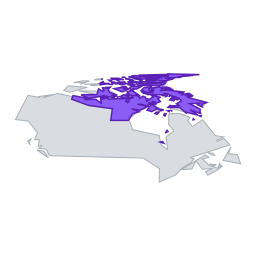 Nunavut on a map of Canada (Equal Earth projection)
{"feature_id": "CAN-634", "entity_name": "Nunavut", "entity_type": "Territory", "adm_level": 1, "iso_a3": "CAN", "parent_name": "Canada", "parent_adm1": "", "projection": "equal_earth", "projection_center": [-85.605, 67.518], "detail": "fine", "context": "in_parent", "style": "filled", "palette": "violet", "viewbox_px": 256, "rotation_deg": 0, "n_neighbors": 0, "source": "natural_earth", "source_scale": "10m", "svg_char_len": 9251}
<svg xmlns="http://www.w3.org/2000/svg" viewBox="0 0 256 256"><path d="M37.5,132.9L28.3,121.0L15.4,119.6L28.0,95.4L39.6,97.6L38.6,96.6L53.9,94.4L46.0,96.3L43.9,97.2L44.3,97.5L57.8,93.4L101.2,103.1L100.3,99.6L105.7,97.8L99.9,97.8L104.9,97.1L124.0,100.1L121.6,98.3L124.4,98.0L127.6,98.6L126.2,101.5L127.6,102.6L133.3,97.8L126.8,94.2L131.4,90.4L146.9,101.2L152.6,97.4L151.1,95.0L160.7,97.5L157.8,98.2L160.3,101.4L156.0,103.2L153.3,101.7L152.6,101.5L152.0,101.8L154.9,103.6L137.5,104.2L147.6,106.1L145.0,108.8L131.9,108.9L138.8,111.1L128.6,119.0L132.7,129.7L159.2,135.5L160.9,144.7L167.6,149.6L166.1,136.8L174.0,131.0L168.6,124.4L168.8,113.9L179.4,113.4L190.1,117.5L187.6,120.4L192.4,126.7L202.6,119.7L215.2,135.5L223.8,137.0L216.6,140.0L217.0,141.3L224.0,138.4L229.9,144.9L190.6,157.6L194.1,158.8L190.4,163.4L187.9,164.3L182.3,167.9L175.7,174.9L159.2,182.1L159.4,168.6L143.4,158.1L49.4,155.7L46.2,149.3L38.8,148.3L42.3,145.3L38.4,146.2L39.3,139.4L34.5,139.8L37.5,132.9ZM148.8,92.4L152.6,92.4L151.2,88.2L159.4,87.0L161.1,90.6L181.3,91.4L179.3,92.8L193.1,96.3L187.4,97.2L206.6,102.5L202.2,106.8L197.6,104.7L199.6,103.3L189.7,103.6L201.0,110.1L199.9,113.0L190.4,110.1L197.4,115.1L168.3,107.7L178.9,105.4L176.7,103.7L181.4,101.0L177.3,97.6L165.3,93.3L145.9,94.1L141.3,90.5L152.2,86.9L148.6,88.8L152.2,91.7L148.8,92.4ZM138.8,75.3L199.2,74.6L165.1,78.3L173.6,78.8L158.2,80.9L166.6,81.6L160.9,82.7L142.7,82.1L148.4,81.0L146.0,80.1L153.2,80.8L155.0,80.6L157.1,79.8L148.5,78.7L155.7,78.7L158.7,78.5L149.1,76.8L161.3,77.6L156.2,76.7L168.4,76.1L164.7,76.0L168.3,75.5L138.8,75.3ZM78.5,90.8L102.6,91.1L102.5,88.1L106.3,88.0L117.0,95.0L89.3,98.1L81.1,94.5L93.6,93.9L78.5,90.8ZM202.4,169.2L195.8,161.0L192.0,168.9L181.3,169.8L205.2,154.8L209.0,157.2L202.5,159.1L209.2,165.4L219.4,168.8L207.7,175.3L205.6,171.6L212.8,168.5L202.4,169.2ZM68.3,85.8L87.4,87.4L69.5,92.2L63.8,90.4L68.3,85.8ZM128.5,77.0L146.8,76.7L152.1,78.0L139.1,79.5L133.6,78.5L139.4,77.9L128.5,77.0ZM127.6,81.7L144.0,83.9L164.0,84.8L138.5,85.3L127.6,81.7ZM83.9,84.2L109.4,83.4L94.1,85.7L90.3,85.2L97.6,84.3L83.9,84.2ZM230.9,147.0L228.5,153.6L237.3,154.6L240.6,163.8L223.0,160.4L230.9,147.0ZM114.2,88.8L126.5,86.9L123.4,88.4L127.0,90.7L114.2,88.8ZM147.2,110.4L153.5,105.5L163.5,109.8L147.2,110.4ZM129.6,87.0L140.8,86.7L130.2,90.3L129.6,87.0ZM89.4,80.8L85.3,82.5L73.4,82.7L82.1,80.9L89.4,80.8ZM125.9,82.2L124.9,84.6L115.0,83.6L118.9,83.3L117.4,82.2L125.9,82.2ZM110.5,78.3L121.6,78.8L123.5,79.8L110.5,78.3ZM36.7,149.9L44.0,151.2L48.4,157.6L36.7,149.9ZM161.0,87.1L168.8,87.4L171.3,88.6L161.0,87.1ZM119.7,96.8L127.1,96.1L129.3,97.3L119.7,96.8ZM131.6,83.6L132.1,85.3L127.8,84.6L131.6,83.6ZM127.0,78.7L131.9,79.7L125.1,78.8L127.0,78.7ZM170.9,98.7L174.5,100.5L169.9,100.4L170.9,98.7ZM96.4,79.8L101.9,79.7L94.3,80.1L96.4,79.8ZM110.5,87.3L107.0,87.8L105.4,87.4L110.5,87.3ZM220.0,162.7L220.0,167.1L220.9,165.1L222.4,166.4L220.2,167.7L218.0,167.3L220.0,162.7ZM99.6,78.8L102.5,79.3L94.5,79.3L99.6,78.8ZM215.3,155.4L211.9,154.9L207.7,152.6L212.2,153.2L215.3,155.4ZM159.5,112.1L157.1,114.1L155.0,113.6L156.2,112.2L159.5,112.1ZM27.7,141.2L31.4,138.5L29.6,141.3L27.7,141.2ZM129.0,80.4L134.6,80.2L135.5,80.3L129.0,80.4ZM115.4,82.4L114.0,83.3L111.8,82.8L115.4,82.4ZM209.4,163.8L211.4,164.2L216.1,164.7L214.1,166.3L209.4,163.8ZM164.3,113.8L165.2,115.7L163.8,115.2L164.3,113.8ZM84.6,82.8L81.5,83.7L80.4,83.6L84.6,82.8ZM141.5,80.4L139.8,80.8L139.5,80.5L141.5,80.4ZM110.6,80.3L110.6,81.0L109.0,80.2L110.6,80.3ZM28.1,141.7L29.3,142.6L30.5,145.0L28.1,141.7Z" fill="#d9dde1" stroke="#a8b0b8" stroke-width="1"/><path d="M108.3,99.1L127.7,98.5L126.3,100.5L128.7,101.6L126.2,101.5L127.5,102.6L127.9,102.4L127.0,101.8L129.0,101.7L128.6,99.1L133.5,97.7L130.7,97.4L133.5,95.8L126.7,94.1L128.5,93.4L127.1,91.9L131.6,90.4L137.9,94.3L134.7,95.3L140.4,95.8L137.9,96.1L140.0,98.4L142.9,96.2L145.5,97.3L146.6,101.3L153.3,96.8L151.0,94.9L160.7,97.4L157.6,98.2L160.3,101.6L156.1,103.2L154.8,101.9L154.3,102.3L153.7,101.7L152.5,101.5L151.8,101.8L153.2,101.8L152.9,101.9L154.3,102.4L155.3,103.6L155.1,103.7L148.2,102.8L150.3,103.7L146.8,105.8L141.5,104.2L137.3,104.2L147.8,106.3L140.0,110.3L131.7,108.8L139.0,111.8L132.6,113.7L128.3,120.4L110.7,120.4L112.4,108.7L88.5,105.4L71.7,99.2L73.0,95.6L87.3,98.3L84.1,99.7L95.7,99.2L101.2,103.2L100.7,99.0L103.9,98.8L106.0,97.7L99.9,97.8L104.9,97.0L108.3,99.1ZM176.6,103.7L181.4,100.9L179.3,98.6L175.0,96.7L171.0,97.6L173.2,96.3L165.8,93.2L164.2,93.7L166.0,94.9L150.5,94.6L143.7,93.4L142.3,92.3L147.9,92.5L141.1,90.5L144.3,87.5L152.0,86.8L148.5,88.9L149.2,90.4L152.6,91.8L151.8,91.8L148.2,92.5L152.7,92.6L153.0,91.1L151.7,91.0L151.0,90.6L150.0,90.4L149.9,90.3L154.0,90.3L150.7,88.6L154.5,88.8L151.2,88.1L159.6,87.0L162.4,88.9L160.9,90.6L173.3,89.4L170.8,90.6L182.5,91.9L181.8,92.3L180.6,92.3L179.0,92.8L179.5,93.3L183.7,92.3L182.0,94.6L188.8,93.3L188.7,93.8L185.8,94.3L184.4,95.0L190.1,94.0L191.9,95.2L185.5,95.7L192.8,96.1L187.2,97.2L206.7,102.5L201.9,104.3L202.4,106.9L197.4,104.7L199.8,103.2L189.5,103.6L200.2,109.2L199.8,113.2L190.1,109.9L198.0,115.1L184.7,111.8L179.7,107.5L168.0,107.4L170.0,105.4L175.0,107.3L173.3,105.8L179.1,105.5L176.6,103.7ZM199.4,74.6L183.3,75.2L188.7,75.4L181.6,75.8L193.0,75.4L177.4,76.9L181.3,77.1L180.0,77.4L166.2,77.9L173.4,78.1L173.5,78.3L164.5,78.3L173.2,79.0L165.1,80.8L158.4,80.3L167.2,81.6L160.3,82.7L142.5,82.0L148.9,81.1L145.6,80.0L153.3,80.9L155.3,80.8L157.6,79.7L152.6,80.5L150.8,79.9L154.1,79.6L152.9,79.0L151.1,79.7L147.0,79.6L148.2,78.8L157.5,79.0L155.7,78.6L158.7,78.6L159.3,78.4L157.1,78.6L152.6,78.4L153.2,78.2L154.2,78.4L155.3,78.4L155.5,78.3L149.1,76.8L161.0,77.7L162.7,77.5L155.7,76.7L166.0,76.4L162.2,76.4L169.1,76.1L164.2,76.1L168.5,75.5L151.9,76.5L148.6,76.4L157.4,75.8L146.7,76.4L143.2,76.0L148.7,75.9L152.6,75.6L138.3,75.2L171.1,74.3L167.1,74.0L167.6,73.9L199.4,74.6ZM98.5,88.9L102.6,91.2L104.0,90.6L102.7,87.8L107.6,88.3L109.4,92.3L117.1,95.1L111.2,95.3L114.9,96.5L112.0,97.3L104.3,95.7L88.8,98.1L81.1,94.9L97.0,94.6L98.5,88.9ZM141.3,78.1L128.4,77.0L133.3,77.1L128.7,76.7L134.5,76.5L131.1,76.1L135.7,75.5L152.3,78.1L137.8,79.5L133.3,78.4L141.3,78.1ZM163.6,84.7L159.0,85.6L138.5,85.3L135.5,82.4L130.6,82.5L127.4,81.7L139.9,81.9L138.6,82.1L143.5,82.5L138.4,82.5L141.4,82.8L139.4,82.9L139.4,83.2L144.0,83.9L160.3,83.3L163.6,84.7ZM127.8,89.4L122.3,91.9L114.1,88.7L125.1,86.6L126.8,87.0L125.3,87.3L123.4,88.6L127.8,89.4ZM163.7,109.9L161.5,110.7L156.8,108.8L151.7,111.6L147.1,110.2L151.2,104.3L159.4,109.3L163.7,109.9ZM141.0,86.6L137.0,88.9L132.2,88.8L134.0,89.4L132.6,90.4L129.2,88.4L131.6,86.3L141.0,86.6ZM126.2,83.7L121.4,84.7L119.1,84.0L123.2,83.4L115.3,83.8L114.8,83.6L124.3,81.8L126.2,83.7ZM100.1,83.1L103.1,81.5L104.2,83.3L109.6,83.5L99.6,84.9L102.5,83.5L100.1,83.1ZM110.4,78.3L118.4,78.3L123.7,79.7L112.5,79.4L111.4,79.1L114.9,78.8L110.4,78.3ZM160.9,87.2L166.9,87.1L171.4,88.6L163.9,88.8L160.9,87.2ZM129.4,97.2L126.4,98.1L119.7,96.8L123.6,94.8L129.4,97.2ZM134.5,84.8L131.7,85.3L127.8,84.7L131.5,83.5L134.5,84.8ZM131.6,79.9L125.0,78.7L132.1,79.3L131.6,79.9ZM174.7,98.8L173.7,100.9L169.7,99.9L171.0,98.6L174.7,98.8ZM110.3,87.2L108.7,88.7L107.1,87.8L105.2,87.4L110.3,87.2ZM159.0,112.0L157.0,114.2L154.9,113.6L156.1,112.3L159.0,112.0ZM130.6,80.1L134.1,80.7L128.9,80.4L130.6,80.1ZM166.1,114.0L165.0,115.9L163.8,115.1L164.5,113.7L166.1,114.0ZM142.6,80.8L141.0,81.0L139.4,80.4L141.3,80.4L142.6,80.8ZM112.2,81.0L110.5,81.1L109.0,80.2L110.2,80.2L112.2,81.0ZM121.7,77.1L123.8,77.0L124.6,77.4L124.2,77.5L121.7,77.1ZM162.5,141.5L163.8,143.2L160.2,142.1L162.5,141.5ZM115.8,82.7L111.7,82.7L115.4,82.4L115.8,82.7ZM113.1,84.3L111.8,84.6L110.4,84.4L111.6,83.9L113.1,84.3ZM112.0,82.4L111.4,82.0L114.8,82.2L112.0,82.4ZM178.6,99.6L176.3,99.7L175.4,99.1L176.3,98.8L178.6,99.6ZM168.0,131.5L165.2,132.9L167.1,130.4L168.0,131.5ZM124.3,86.7L121.5,86.6L125.4,86.3L124.3,86.7ZM169.3,110.7L169.1,111.7L167.6,110.8L169.3,110.7ZM167.4,96.2L164.7,97.0L166.3,96.1L167.4,96.2ZM147.8,99.0L149.2,99.4L148.5,99.8L147.8,99.0ZM116.4,80.2L117.9,80.0L119.5,80.2L117.7,80.3L116.4,80.2ZM164.8,95.3L163.4,95.7L161.5,95.3L164.8,95.3ZM141.9,81.6L141.9,82.2L140.6,81.7L141.9,81.6ZM101.2,79.3L102.3,79.0L102.8,79.2L101.2,79.3ZM156.4,104.8L153.6,103.7L154.6,103.9L156.4,104.8ZM201.3,115.7L200.9,116.6L199.5,115.8L201.3,115.7ZM169.5,95.9L170.3,96.6L169.2,96.3L169.5,95.9ZM115.5,83.3L113.8,83.3L116.8,83.0L115.5,83.3ZM152.1,104.7L152.6,104.2L153.3,105.0L152.1,104.7ZM187.0,112.6L186.5,113.2L185.2,112.3L187.0,112.6ZM193.3,118.7L194.1,119.6L193.0,119.8L193.3,118.7ZM170.2,110.2L172.4,110.7L171.4,110.9L170.2,110.2ZM174.6,97.6L174.8,98.4L173.8,97.8L174.6,97.6ZM116.2,82.9L113.2,83.1L112.7,83.0L116.2,82.9ZM129.4,83.7L127.0,83.8L128.4,83.5L129.4,83.7ZM180.2,92.6L182.1,92.4L180.7,92.8L180.2,92.6ZM164.5,82.7L164.9,83.2L163.1,83.1L164.5,82.7ZM128.8,96.1L128.3,95.4L129.2,95.7L128.8,96.1ZM126.5,88.5L127.0,88.0L127.4,88.3L126.5,88.5ZM166.5,95.4L167.9,95.4L165.9,95.8L166.5,95.4ZM120.5,81.8L117.6,82.0L120.7,81.7L120.5,81.8ZM118.0,96.9L117.3,97.4L117.3,96.9L118.0,96.9ZM132.3,82.9L132.8,83.3L131.5,83.0L132.3,82.9ZM148.3,94.7L147.0,94.4L149.0,94.6L148.3,94.7ZM114.2,97.3L114.5,97.9L113.4,97.6L114.2,97.3ZM108.1,97.8L108.1,98.3L107.2,97.9L108.1,97.8ZM200.7,113.2L201.3,113.7L200.3,113.4L200.7,113.2ZM127.5,96.1L126.2,95.5L127.6,95.8L127.5,96.1Z" fill="#8b5cf6" stroke="#5b21b6" stroke-width="1.5"/></svg>